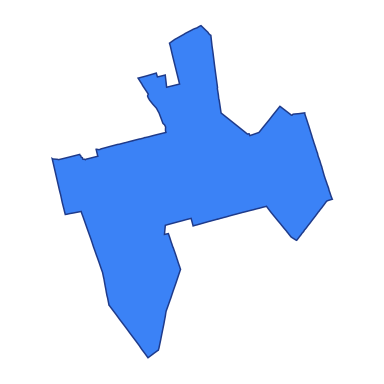 Liebling, Timis, Romania, rotated 91°
{"feature_id": "2599482B87528354866966", "entity_name": "Liebling", "entity_type": "district", "adm_level": 2, "iso_a3": "ROU", "parent_name": "Romania", "parent_adm1": "Timis", "projection": "mercator", "projection_center": [21.34, 45.584], "detail": "fine", "context": "isolated", "style": "filled", "palette": "blue", "viewbox_px": 384, "rotation_deg": 91, "n_neighbors": 0, "source": "geoboundaries", "source_scale": "gbopen_adm2", "svg_char_len": 5856}
<svg xmlns="http://www.w3.org/2000/svg" viewBox="0 0 384 384"><g transform="rotate(91 192 192)"><path d="M192.0,324.7L195.0,323.9L197.1,323.3L204.1,321.7L205.3,321.4L210.1,320.1L211.5,319.7L213.5,319.2L215.3,318.7L216.7,318.3L216.3,316.2L215.7,313.8L215.1,310.5L213.4,302.5L215.2,301.9L219.0,300.4L220.4,299.9L222.5,299.1L229.8,296.4L241.7,291.9L243.5,291.3L243.7,291.2L245.5,290.6L248.7,289.5L251.3,288.5L254.8,287.2L257.0,286.4L258.2,285.9L261.1,284.8L264.3,283.6L269.6,281.7L274.1,280.0L274.6,279.9L278.6,279.0L280.6,278.5L283.3,278.0L287.3,277.2L291.1,276.4L293.8,275.9L297.1,275.2L299.2,274.6L300.0,274.4L302.9,273.8L306.7,273.0L306.9,272.7L308.2,271.7L312.2,268.6L315.6,265.9L320.8,262.0L325.1,258.6L329.3,255.3L333.8,251.9L340.1,247.0L344.2,243.8L346.8,241.8L347.6,241.3L349.5,240.0L350.7,239.1L354.0,236.5L358.5,233.1L353.9,227.2L350.9,223.2L350.8,222.9L348.6,222.3L344.3,221.5L340.7,220.8L336.2,220.0L332.9,219.4L324.3,217.8L320.0,217.1L316.6,216.5L314.1,216.2L311.6,215.8L306.9,214.2L300.9,212.2L298.0,211.2L296.0,210.6L291.2,209.1L283.7,206.6L274.2,203.6L269.5,202.1L268.3,202.6L267.3,202.9L262.4,204.7L260.5,205.3L258.4,206.1L257.9,206.2L257.6,206.3L255.4,207.1L254.8,207.3L253.7,207.7L252.6,208.1L250.2,209.0L248.0,209.8L247.6,210.0L247.2,210.2L247.2,210.3L246.8,210.4L245.6,210.8L244.4,211.2L242.6,211.9L238.7,213.2L237.0,213.8L234.0,214.9L234.9,218.8L233.4,218.7L229.7,218.4L225.8,218.1L225.2,216.3L224.7,214.6L223.3,209.7L222.1,205.6L220.9,201.3L219.7,197.3L218.5,192.8L218.4,192.4L219.6,192.1L221.6,191.5L223.0,191.1L225.9,190.3L225.2,188.1L224.6,185.8L224.3,185.0L223.7,182.8L223.5,182.3L222.9,180.2L222.6,179.4L222.1,177.6L221.4,175.4L221.0,174.0L220.7,172.8L220.4,171.9L220.2,171.2L219.6,169.1L218.7,166.1L218.8,166.1L218.7,165.6L217.8,162.9L217.5,161.6L217.0,160.1L216.3,157.4L215.8,155.8L215.4,154.6L214.8,152.6L213.8,149.1L213.3,147.2L213.1,146.5L212.7,145.2L212.4,144.1L211.9,142.3L211.6,141.4L211.0,139.0L209.6,134.0L208.8,130.9L208.6,130.1L208.5,129.8L208.1,128.5L207.7,127.1L207.3,125.5L207.0,124.3L206.6,123.0L205.7,119.9L205.1,117.5L205.0,117.3L206.4,116.2L207.2,115.6L207.6,115.3L208.6,114.5L209.9,113.5L210.6,112.9L211.3,112.4L211.7,112.0L212.2,111.6L212.9,111.0L213.6,110.4L214.0,110.1L215.6,108.7L216.8,107.7L219.4,105.5L220.3,104.7L222.7,102.6L223.5,102.0L225.0,100.7L226.0,99.9L226.7,99.3L229.6,96.7L230.5,96.1L231.6,95.1L232.4,94.5L233.0,94.0L233.7,93.4L234.2,93.0L234.7,92.6L235.1,92.3L235.2,92.1L235.3,92.0L236.3,90.5L236.6,89.9L236.9,89.5L237.4,88.6L237.9,87.8L238.2,87.3L238.4,86.9L238.5,86.6L238.3,86.3L237.7,85.9L237.2,85.5L236.8,85.2L236.3,84.9L236.0,84.6L235.5,84.3L234.2,83.3L233.7,82.9L232.9,82.3L232.5,82.0L232.1,81.8L231.7,81.5L231.0,81.0L230.5,80.5L229.8,79.9L229.2,79.5L228.7,79.2L228.4,79.1L228.0,78.9L227.8,78.7L227.6,78.5L227.3,78.2L226.8,77.8L225.8,77.0L224.2,75.9L223.5,75.4L222.7,74.8L220.8,73.3L219.5,72.4L218.8,71.9L215.6,69.5L214.5,68.7L213.9,68.2L213.0,67.6L212.3,67.1L211.5,66.5L211.2,66.3L211.0,66.1L210.4,65.8L210.2,65.7L209.9,65.4L209.3,64.9L209.0,64.6L208.2,64.1L207.0,63.2L206.6,62.9L206.4,62.8L206.1,62.5L205.9,62.3L204.8,61.5L204.2,61.1L203.4,60.5L202.6,59.9L202.0,59.5L200.6,58.5L199.9,58.0L199.2,57.5L198.7,57.0L198.1,55.7L197.8,54.8L196.9,52.0L196.8,51.6L196.0,52.0L195.1,52.3L194.2,52.7L193.8,52.9L193.4,53.0L193.1,53.1L192.6,53.3L192.0,53.5L190.5,54.0L189.8,54.3L189.2,54.5L187.9,55.0L186.9,55.2L186.2,55.4L185.9,55.5L185.2,55.7L184.5,56.0L184.4,56.0L183.9,56.3L183.7,56.3L182.0,57.0L181.6,57.1L181.2,57.3L180.7,57.4L180.3,57.6L179.9,57.7L179.4,57.9L178.9,58.1L178.3,58.3L177.6,58.6L177.2,58.7L176.8,58.9L176.5,59.0L176.3,59.1L176.1,59.2L175.9,59.2L175.6,59.3L175.1,59.5L174.4,59.7L174.0,59.9L172.7,60.3L169.4,61.3L167.4,61.9L165.3,62.5L164.2,62.8L163.7,63.0L162.2,63.6L161.9,63.7L161.1,63.9L159.7,64.4L159.2,64.5L158.6,64.7L158.3,64.8L157.6,65.1L157.1,65.3L156.8,65.4L156.0,65.7L155.3,66.0L154.5,66.3L153.7,66.6L153.1,66.7L152.5,66.9L151.6,67.1L151.0,67.2L150.4,67.5L149.8,67.7L149.2,68.0L148.7,68.1L147.4,68.6L145.2,69.3L142.4,70.3L141.1,70.8L138.3,71.7L137.2,72.1L135.2,72.8L133.4,73.3L131.1,74.1L129.9,74.5L127.7,75.2L126.2,75.7L124.0,76.4L122.6,76.9L120.6,77.6L119.1,78.1L112.5,80.4L111.1,80.7L110.9,80.7L111.8,86.4L112.3,91.4L112.4,92.1L112.6,92.5L112.8,92.8L113.5,93.4L113.4,94.1L112.7,94.9L104.9,105.4L104.8,105.6L114.1,112.8L118.8,116.3L126.4,122.3L131.3,126.1L134.6,135.1L132.8,135.9L132.8,136.1L133.1,137.6L126.2,146.5L112.5,164.3L99.3,166.5L98.8,166.8L94.7,167.3L87.9,168.5L87.2,168.3L83.2,168.9L75.4,170.1L65.5,171.6L52.0,173.5L45.9,174.5L35.0,175.9L34.5,176.8L33.9,177.4L33.2,178.2L32.4,178.6L32.0,178.9L29.9,181.2L28.0,183.2L25.5,185.9L25.9,186.8L26.7,188.2L27.8,189.9L28.6,192.1L29.3,193.7L30.5,195.8L33.6,201.6L34.4,202.7L39.8,212.0L43.6,217.1L46.2,216.3L55.0,214.1L60.7,212.6L70.8,209.9L84.3,206.3L87.7,219.2L75.5,220.8L77.2,227.1L77.5,228.6L73.7,229.8L76.6,239.1L77.5,242.2L79.1,247.9L85.3,243.8L85.6,243.6L86.2,243.4L87.9,242.2L94.9,237.4L96.3,238.0L96.8,238.1L98.1,237.6L98.9,237.2L100.9,236.0L104.9,232.7L108.5,229.3L109.2,228.8L111.6,227.5L113.4,226.4L120.2,223.7L123.8,222.3L124.5,221.6L125.2,220.7L126.1,220.2L127.5,219.5L129.1,219.6L130.2,219.6L131.0,219.6L131.8,219.4L132.9,219.1L135.1,227.5L136.2,231.6L137.7,236.7L138.4,239.8L138.4,240.2L138.7,240.9L139.2,242.3L139.5,243.5L139.8,244.4L139.9,245.4L141.2,250.2L144.6,262.4L145.5,265.5L145.7,267.1L147.8,274.5L149.5,280.3L150.5,283.8L151.1,284.8L151.3,286.1L150.9,288.1L151.0,288.6L157.9,286.8L158.5,289.0L159.3,292.0L160.6,296.8L161.0,298.4L161.6,299.3L161.3,299.6L161.1,300.1L161.2,301.1L161.0,301.9L160.4,302.0L159.9,302.1L159.6,302.2L159.4,302.6L159.1,303.4L158.7,303.6L158.1,303.7L157.6,304.0L157.2,304.5L156.8,304.9L156.4,305.0L159.5,316.4L161.2,322.8L162.0,326.0L161.8,326.8L161.7,327.0L161.6,328.5L161.4,331.7L161.0,332.4L192.0,324.7Z" fill="#3b82f6" stroke="#1e3a8a" stroke-width="1.5"/></g></svg>